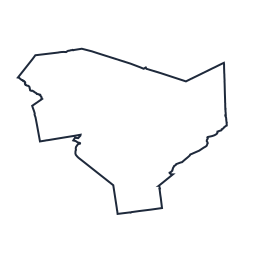 the district of General Treviño, Nuevo León, Mexico, rotated 263°
{"feature_id": "50627088B5673549327791", "entity_name": "General Treviño", "entity_type": "district", "adm_level": 2, "iso_a3": "MEX", "parent_name": "Mexico", "parent_adm1": "Nuevo León", "projection": "equal_earth", "projection_center": [-99.45, 26.212], "detail": "fine", "context": "isolated", "style": "outline", "palette": "slate", "viewbox_px": 256, "rotation_deg": 263, "n_neighbors": 0, "source": "geoboundaries", "source_scale": "gbopen_adm2", "svg_char_len": 5078}
<svg xmlns="http://www.w3.org/2000/svg" viewBox="0 0 256 256"><g transform="rotate(263 128 128)"><path d="M44.0,107.2L44.0,109.0L44.0,110.3L44.0,112.4L44.0,113.9L44.0,119.7L43.8,119.8L43.7,120.1L43.7,120.4L43.7,120.5L44.0,120.9L44.1,121.2L44.1,122.7L44.1,122.9L44.2,128.8L44.2,137.7L44.2,140.9L44.4,152.0L47.0,152.0L48.8,152.0L52.5,152.0L54.5,152.0L54.8,152.0L57.8,151.9L59.3,151.9L61.6,151.9L62.7,151.9L63.9,151.8L64.0,152.3L66.7,151.9L66.8,151.9L67.0,151.8L67.0,151.7L76.5,166.9L76.6,166.2L76.7,165.7L76.9,165.1L77.2,164.7L77.7,164.3L77.8,164.2L78.3,163.8L78.6,163.8L78.8,164.5L78.9,164.8L79.0,165.0L79.2,165.4L79.3,165.6L79.7,166.0L79.9,166.2L80.1,166.7L80.8,167.0L80.8,166.9L81.9,167.4L82.5,167.7L83.3,168.1L84.3,169.1L84.5,169.2L84.6,169.3L84.8,169.3L85.0,169.9L85.2,170.3L85.3,170.5L85.4,170.8L85.5,170.9L86.1,171.3L86.3,171.5L86.5,172.5L87.0,174.5L87.3,175.9L87.5,177.1L87.5,177.3L87.5,177.5L87.7,177.8L88.7,179.2L89.2,180.0L89.7,180.7L91.6,183.7L93.0,185.7L93.5,186.2L93.7,186.3L94.0,186.4L94.1,186.6L94.2,186.8L94.2,187.0L94.3,187.3L94.4,187.6L94.6,188.5L95.0,189.7L96.4,194.4L96.9,196.1L97.0,196.2L97.8,197.8L99.4,201.0L99.8,202.1L100.5,203.5L100.8,203.9L101.0,204.0L101.3,204.2L102.0,204.6L102.5,204.7L102.8,205.0L103.1,205.2L103.2,205.3L103.7,205.2L104.1,205.2L104.6,204.9L104.8,204.8L105.0,204.6L105.9,204.7L106.2,204.7L106.4,204.8L106.6,204.9L107.2,205.4L107.6,205.8L107.8,205.9L108.0,205.9L108.4,205.7L108.5,205.7L108.8,205.6L109.0,205.6L109.2,205.8L109.3,205.9L109.4,206.7L109.7,210.2L110.1,212.3L110.5,213.6L110.8,214.2L111.0,214.7L111.2,215.1L111.6,215.6L111.9,215.9L112.6,216.0L113.6,216.4L113.5,217.3L113.9,217.8L114.1,219.1L114.2,219.8L114.2,220.0L114.9,220.9L115.1,220.9L115.3,220.9L115.4,221.1L115.5,221.3L115.7,221.9L116.0,222.5L116.6,223.1L116.8,223.2L116.9,223.3L116.9,223.5L117.3,224.1L118.0,225.1L118.4,226.3L118.9,226.4L119.4,226.4L120.2,226.4L120.8,226.5L121.1,226.7L121.5,226.5L121.9,226.6L122.4,226.5L122.9,226.5L123.8,226.5L124.1,226.5L124.4,226.5L124.5,226.6L126.8,226.6L127.0,226.4L127.6,226.3L128.1,226.1L128.4,226.1L128.3,226.4L128.2,226.5L128.3,226.6L131.4,226.8L132.8,226.8L135.0,227.1L135.0,226.9L139.2,227.3L140.4,227.5L141.4,227.5L144.2,227.8L150.9,228.4L156.0,228.9L160.1,229.3L162.7,229.5L162.9,229.6L166.9,229.9L169.8,230.2L170.7,230.2L174.8,230.6L175.0,230.6L179.6,231.1L181.0,231.1L179.8,227.5L178.4,223.5L177.9,222.1L177.7,221.5L176.8,218.8L172.9,207.6L171.3,203.0L169.7,198.3L169.6,198.0L169.5,197.9L169.2,196.8L168.9,195.9L168.5,194.9L167.9,193.1L167.2,191.2L178.5,167.1L184.5,153.5L185.9,153.0L185.7,152.5L185.5,152.1L185.4,151.8L185.3,151.5L185.1,151.3L185.0,151.2L184.9,150.7L186.6,147.8L191.6,138.3L206.1,106.6L208.5,101.5L212.3,91.8L212.0,83.6L211.9,83.2L212.1,83.1L212.3,82.6L212.3,82.4L212.1,82.1L212.1,81.8L212.1,81.6L212.1,81.4L212.2,81.1L212.1,80.7L212.1,80.2L211.9,79.7L211.9,79.0L211.9,78.0L211.6,77.2L211.4,76.7L211.0,76.1L210.9,75.7L211.0,75.4L211.1,74.7L211.3,73.7L211.4,72.8L211.5,71.2L211.5,69.7L211.5,68.9L211.4,68.1L211.4,66.9L211.4,65.7L211.5,44.9L208.1,41.7L191.5,24.9L191.4,25.2L191.3,25.7L191.2,25.9L191.1,26.1L190.9,26.2L190.7,26.3L190.1,26.9L189.9,27.1L189.6,27.3L189.2,27.8L188.8,28.1L188.7,28.2L188.6,28.3L188.5,28.5L188.5,28.8L188.5,29.0L188.3,29.3L188.1,29.3L187.9,29.3L187.7,29.4L187.5,29.5L187.4,29.6L187.4,29.8L187.4,30.1L187.4,30.3L187.2,30.6L186.8,30.6L186.7,30.7L186.5,30.9L186.5,31.1L186.3,31.3L186.1,31.4L185.9,31.5L185.6,31.5L185.4,31.5L185.3,31.4L185.2,31.3L185.1,31.2L184.8,31.1L184.6,31.1L184.2,31.1L184.0,31.4L183.8,31.5L183.7,31.6L183.4,31.5L183.1,31.6L183.0,32.0L182.9,32.3L182.7,32.5L182.4,32.9L182.3,33.1L182.2,33.5L182.1,34.0L181.6,34.5L181.2,35.0L180.6,35.2L180.2,35.2L180.0,35.3L179.6,35.2L179.3,35.3L179.0,35.3L178.7,35.4L178.2,35.4L177.9,35.4L177.6,35.4L177.3,35.5L177.0,35.9L176.9,36.4L176.8,36.6L176.7,36.7L176.6,36.9L176.7,37.1L176.7,37.4L176.7,37.6L176.5,37.9L176.2,38.3L175.9,38.5L175.8,38.8L175.6,39.1L175.4,39.3L175.1,39.4L175.0,39.6L174.6,40.1L174.3,40.4L174.2,40.6L174.0,40.8L173.8,41.2L173.6,41.4L173.3,41.5L173.1,41.5L172.9,41.6L172.8,41.8L172.7,42.2L172.7,42.4L172.6,42.7L172.5,43.1L172.4,43.4L172.3,43.7L172.1,43.8L171.8,43.9L171.7,44.0L171.5,44.3L171.7,44.7L171.7,44.9L171.5,45.0L171.3,45.1L171.2,45.1L170.9,45.1L170.7,45.1L170.3,45.2L170.1,45.3L169.7,45.7L169.5,45.8L169.2,45.9L168.4,46.0L168.3,45.8L168.2,45.7L167.9,45.7L167.5,46.1L167.3,46.3L161.7,35.6L159.6,36.0L156.2,36.8L153.8,37.2L153.0,37.0L152.7,36.9L152.4,37.0L152.1,37.0L151.6,37.1L149.9,37.5L140.8,38.1L133.9,38.5L130.5,38.7L125.4,39.0L125.6,44.3L125.7,45.2L125.7,47.4L126.3,61.8L126.8,74.7L127.1,80.1L126.2,79.8L124.0,77.3L124.8,74.2L122.3,72.2L122.0,72.9L121.8,73.5L121.5,74.4L120.0,76.1L119.6,76.8L119.2,78.0L118.8,78.6L118.7,78.6L118.3,78.4L118.2,77.4L118.2,76.9L117.7,76.1L116.9,75.3L115.5,74.1L114.4,73.7L113.4,73.6L113.2,73.6L112.9,73.7L112.6,73.7L112.1,73.4L111.5,73.1L110.5,72.9L109.0,72.7L108.5,72.8L107.8,72.9L107.5,73.1L106.2,73.9L105.4,74.5L105.0,74.8L104.4,75.3L99.8,79.9L73.0,106.4L50.1,107.1L47.7,107.1L47.4,107.2L44.0,107.2Z" fill="none" stroke="#1e293b" stroke-width="2"/></g></svg>